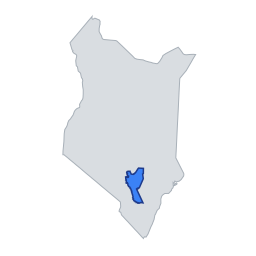 Kitui South, Eastern, Kenya shown in context, rotated 3°
{"feature_id": "3690345B12410627224170", "entity_name": "Kitui South", "entity_type": "district", "adm_level": 2, "iso_a3": "KEN", "parent_name": "Kenya", "parent_adm1": "Eastern", "projection": "equal_earth", "projection_center": [38.343, -2.253], "detail": "fine", "context": "in_parent", "style": "filled", "palette": "blue", "viewbox_px": 256, "rotation_deg": 3, "n_neighbors": 0, "source": "geoboundaries", "source_scale": "gbopen_adm2", "svg_char_len": 6128}
<svg xmlns="http://www.w3.org/2000/svg" viewBox="0 0 256 256"><g transform="rotate(3 128 128)"><path d="M64.4,158.1L64.3,154.5L64.7,145.1L64.6,137.0L65.0,132.8L66.5,130.2L67.2,128.4L67.7,125.7L68.5,123.6L70.2,121.8L70.6,120.9L72.5,117.9L73.6,114.2L74.4,112.9L75.5,111.7L76.3,111.1L77.5,110.5L78.5,110.1L78.6,109.8L78.7,109.2L78.4,106.9L78.8,106.1L79.5,104.6L80.2,103.1L80.9,102.2L81.3,101.2L81.5,99.6L81.5,98.4L81.5,96.5L81.3,92.2L80.5,88.6L80.0,84.6L80.4,83.3L79.7,80.9L79.4,80.8L78.9,80.2L78.3,78.0L77.8,76.0L77.5,75.5L75.3,73.7L74.3,69.5L73.1,68.6L72.4,64.4L72.3,63.2L73.0,59.0L72.9,58.1L72.2,57.2L70.2,56.3L68.6,54.6L68.8,54.0L68.9,53.4L68.1,53.0L65.6,45.9L68.8,41.6L72.1,37.3L76.2,31.8L80.0,26.8L83.3,22.4L86.3,18.5L86.2,19.3L86.2,20.3L86.6,20.9L87.2,21.3L88.0,20.8L88.7,20.2L89.4,20.1L93.8,21.7L94.6,23.1L94.5,24.6L94.7,25.7L94.4,26.8L94.0,30.2L94.1,33.2L95.4,35.5L96.6,37.3L97.5,39.8L98.2,40.5L99.2,40.9L102.2,41.0L106.7,41.2L111.0,41.3L111.4,41.4L112.3,41.7L116.3,45.1L119.9,48.2L123.0,50.9L126.0,53.5L128.9,56.0L131.1,58.1L133.4,58.8L137.0,59.1L139.5,59.2L141.8,60.1L145.2,60.9L147.8,61.3L149.3,61.8L153.6,62.3L154.3,62.0L156.2,59.7L158.3,55.9L159.1,53.8L161.9,51.7L166.7,48.8L170.1,46.8L173.9,44.7L175.6,46.5L177.9,49.3L179.0,50.8L179.8,51.4L181.1,51.8L182.7,51.8L183.5,51.7L185.3,51.4L189.4,51.0L191.7,51.1L189.7,54.8L187.4,59.4L183.1,67.7L179.8,72.1L177.3,75.5L177.1,76.1L177.1,79.8L177.1,88.8L177.2,106.9L177.2,125.1L177.3,143.2L177.3,152.3L177.3,155.3L179.5,159.1L181.6,162.8L184.5,167.8L186.0,170.4L186.2,171.3L186.1,173.0L183.8,176.7L181.9,178.4L179.3,179.2L178.6,179.1L177.6,178.5L177.2,179.4L176.9,180.8L176.3,180.5L175.9,180.1L176.1,182.6L176.4,183.8L176.0,185.4L174.8,186.8L174.7,188.0L172.0,191.2L168.1,191.5L166.1,193.1L165.2,194.4L164.5,197.2L164.8,201.5L163.7,204.8L163.5,206.5L161.5,208.6L160.7,210.6L160.0,212.6L159.4,213.5L158.8,218.0L157.9,220.7L157.6,221.6L157.4,222.4L156.7,224.0L156.2,225.1L155.9,225.9L153.5,232.9L151.7,236.0L150.3,235.7L149.3,236.9L149.2,237.5L148.7,237.1L147.5,236.0L145.1,233.6L142.7,231.2L140.2,228.9L137.8,226.5L135.3,224.1L132.9,221.7L130.4,219.4L128.0,217.0L126.5,215.6L125.9,214.8L125.4,213.1L125.2,212.7L124.5,212.2L123.7,212.1L123.5,211.8L123.5,211.0L123.8,209.8L124.7,207.7L124.8,206.4L124.6,204.9L124.3,202.6L124.1,202.1L122.5,200.9L119.1,198.3L115.6,195.7L112.2,193.2L108.8,190.6L105.4,188.1L102.0,185.5L98.6,182.9L95.2,180.4L91.8,177.8L88.4,175.3L85.0,172.7L81.6,170.1L78.2,167.6L74.8,165.0L71.4,162.5L68.0,159.9L66.7,159.0L65.6,158.1L64.4,158.1ZM177.5,183.0L177.0,183.2L177.3,182.0L179.0,180.4L179.7,180.7L179.9,181.1L179.8,181.4L179.5,181.8L177.5,183.0Z" fill="#d9dde1" stroke="#a8b0b8" stroke-width="1"/><path d="M145.5,167.5L140.6,167.5L140.3,167.9L140.2,168.0L137.7,172.4L137.5,172.5L137.5,172.4L137.4,172.4L137.2,172.6L137.1,172.9L136.9,173.0L136.8,173.3L136.7,173.3L136.5,173.5L136.4,173.5L136.4,173.4L136.2,173.4L136.0,173.6L135.9,173.7L135.9,173.8L135.8,174.0L135.7,174.0L135.2,174.0L133.6,173.9L133.3,173.2L133.2,173.1L133.1,172.9L133.0,172.6L132.6,172.0L132.6,171.9L132.4,171.5L132.2,171.3L132.2,171.1L131.2,171.2L131.1,171.3L130.8,171.3L130.7,171.3L130.6,171.2L130.0,171.4L129.7,171.4L129.5,171.7L129.4,171.7L129.4,171.9L129.3,172.0L129.2,172.2L129.1,172.3L129.1,172.5L129.0,172.8L129.2,173.1L129.3,173.1L129.4,173.3L129.4,173.5L129.5,173.5L129.5,173.8L129.9,173.8L129.9,174.0L129.7,174.2L129.7,174.3L129.8,174.4L129.8,174.5L129.8,174.8L129.8,175.0L130.0,175.2L129.9,175.2L130.0,175.4L130.0,175.5L130.1,175.8L130.1,176.0L130.3,176.1L130.4,176.3L130.5,176.4L130.5,176.5L130.8,176.7L130.7,176.8L130.8,176.9L130.9,177.0L131.0,176.9L131.0,177.0L130.9,177.2L130.7,177.2L130.5,177.3L130.3,177.2L130.1,177.3L130.0,177.2L129.8,177.2L129.8,177.3L129.7,177.4L129.4,177.3L129.2,177.2L129.1,176.8L128.8,176.9L128.7,176.9L128.5,177.0L128.4,176.9L128.2,177.0L128.3,177.3L128.3,177.5L128.5,177.5L128.4,177.7L128.4,177.8L128.4,178.0L128.4,178.3L128.4,178.5L128.6,179.3L128.6,179.5L128.8,179.6L128.7,179.8L128.8,179.8L128.8,180.0L128.8,180.3L129.0,180.4L129.0,180.7L129.0,180.8L129.1,181.0L129.1,181.3L129.1,181.6L129.1,181.8L129.1,182.0L129.0,182.5L129.2,182.9L129.2,183.2L129.3,183.2L129.5,183.1L129.9,182.9L130.1,182.8L130.1,183.0L130.3,183.2L130.5,183.2L130.6,183.3L130.5,183.5L130.6,183.8L130.7,184.0L130.8,184.1L130.8,184.3L130.9,185.0L131.0,185.1L131.1,185.4L131.2,185.5L131.3,185.5L131.5,185.7L131.5,186.1L131.6,186.3L131.8,186.5L132.1,186.5L132.5,186.8L132.8,186.9L132.9,187.1L133.1,187.2L133.3,188.2L133.5,188.2L133.5,188.4L133.7,188.5L133.8,188.6L134.0,188.7L134.2,189.2L134.3,189.3L134.4,190.0L134.5,190.1L134.6,190.3L134.8,190.4L134.7,190.6L134.8,190.7L134.8,190.9L134.9,191.0L134.9,191.4L135.1,191.4L135.2,191.5L135.1,191.8L135.2,192.2L135.3,192.3L135.3,192.5L135.5,193.2L135.5,193.3L135.6,193.5L135.9,193.9L135.8,194.0L136.0,194.6L136.1,194.8L136.2,195.2L136.3,195.4L136.4,195.7L136.5,195.9L136.6,196.2L136.6,196.3L136.6,196.5L136.5,196.9L136.4,197.0L136.5,197.1L136.6,197.4L136.6,197.6L136.6,197.9L136.7,198.0L136.8,198.0L136.9,198.3L136.8,198.5L137.0,198.5L136.9,198.8L137.1,198.9L137.1,199.0L137.3,199.5L137.5,199.7L137.5,199.9L137.6,200.0L137.8,200.4L138.0,200.5L138.3,200.5L138.5,200.7L138.7,200.8L139.1,200.8L139.2,201.1L139.4,201.1L139.5,201.0L139.4,201.2L139.5,201.2L139.5,201.3L139.8,201.4L140.0,201.4L140.1,201.5L140.3,201.7L140.3,201.9L140.6,201.8L140.8,201.9L141.0,201.8L141.3,201.9L141.4,202.0L141.6,202.0L141.8,202.1L142.0,202.0L142.3,202.1L142.5,202.2L142.7,202.3L142.5,202.5L142.8,202.5L142.9,202.4L143.1,202.4L143.2,202.2L143.2,202.3L143.3,202.4L143.5,202.3L144.0,201.9L144.2,202.0L144.3,202.0L144.5,202.0L144.7,201.8L145.0,201.9L145.3,201.9L145.5,201.8L145.5,201.7L145.9,201.6L146.0,201.6L146.3,201.6L146.4,201.8L146.6,201.8L146.7,202.0L146.9,202.0L139.7,188.5L139.8,188.4L139.8,188.5L140.0,188.6L140.3,188.6L140.7,188.5L140.8,188.4L141.0,188.3L141.0,188.2L141.3,188.0L141.3,187.9L141.5,187.7L141.5,187.4L141.8,187.4L141.9,187.2L142.0,187.2L142.3,187.2L142.5,186.9L145.7,178.4L145.9,177.8L145.8,177.2L145.0,173.2L145.3,173.0L145.4,172.9L145.5,172.9L145.7,172.7L145.5,167.5Z" fill="#3b82f6" stroke="#1e3a8a" stroke-width="1.5"/></g></svg>